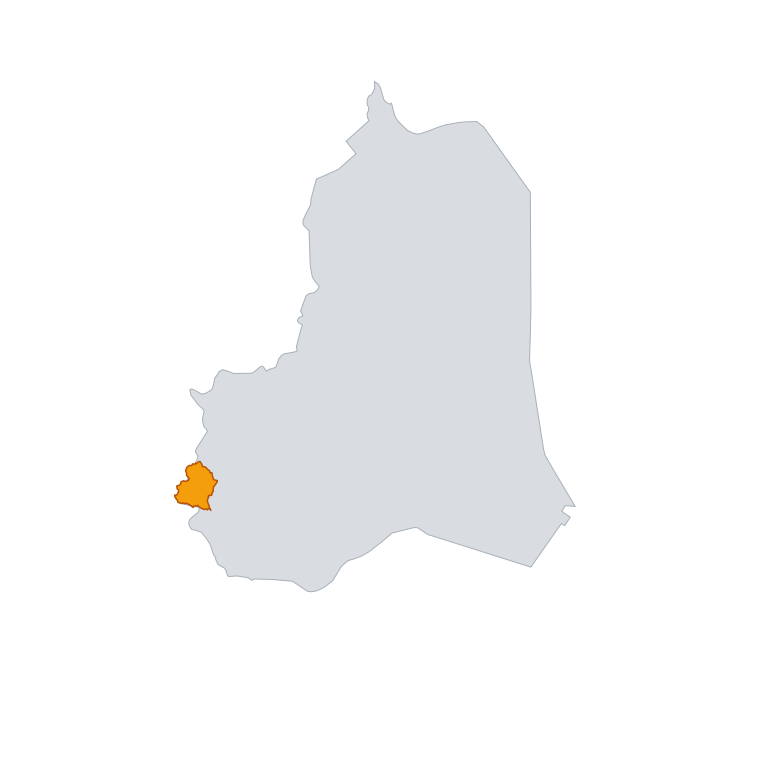 Rawanduz, Arbil, Iraq shown in context, rotated 229°
{"feature_id": "34846034B23954207715880", "entity_name": "Rawanduz", "entity_type": "district", "adm_level": 2, "iso_a3": "IRQ", "parent_name": "Iraq", "parent_adm1": "Arbil", "projection": "natural_earth1", "projection_center": [44.626, 36.804], "detail": "fine", "context": "in_parent", "style": "filled", "palette": "amber", "viewbox_px": 768, "rotation_deg": 229, "n_neighbors": 0, "source": "geoboundaries", "source_scale": "gbopen_adm2", "svg_char_len": 5909}
<svg xmlns="http://www.w3.org/2000/svg" viewBox="0 0 768 768"><g transform="rotate(229 384 384)"><path d="M322.3,155.5L326.9,154.3L335.4,147.3L340.4,140.7L342.0,140.1L346.4,142.2L349.6,142.8L356.9,140.3L361.3,141.7L364.9,143.3L367.0,143.4L376.8,147.5L379.3,148.0L384.4,148.6L391.9,148.8L396.8,146.1L400.3,143.5L402.7,143.6L405.0,144.2L407.0,145.3L408.7,147.2L409.4,150.0L409.1,158.8L409.8,161.2L411.2,162.8L412.9,163.1L414.9,161.2L418.5,158.4L423.0,155.4L426.3,152.6L428.2,151.6L431.1,151.7L434.0,152.2L435.7,153.5L435.7,154.0L437.2,158.1L441.1,173.6L443.3,175.6L445.9,177.2L447.7,179.5L448.4,181.8L448.1,185.4L448.2,189.6L449.3,192.8L450.7,195.2L452.1,196.5L454.1,196.6L456.5,197.2L458.2,199.6L463.4,217.2L463.9,219.6L466.1,220.3L469.7,220.0L473.4,221.8L477.3,224.7L481.1,230.0L483.6,230.9L491.4,230.1L502.1,231.0L507.1,233.7L506.6,235.5L502.8,237.4L496.0,239.6L494.0,243.4L492.9,248.4L493.1,251.1L494.8,254.2L499.6,260.2L499.9,262.4L500.7,265.5L501.6,267.6L500.7,271.6L496.3,274.4L490.6,277.4L479.1,290.9L478.3,293.8L478.3,301.8L477.2,304.1L473.6,304.1L470.7,303.7L470.6,306.5L468.8,310.2L467.7,313.4L472.0,321.1L472.8,325.1L472.1,328.8L468.2,335.2L465.9,339.5L466.4,340.5L469.5,342.2L479.1,356.2L482.2,361.1L486.2,359.8L487.7,359.9L488.9,360.7L489.7,362.4L489.7,364.5L488.7,367.6L493.8,368.9L495.7,372.1L501.7,383.0L501.5,386.3L498.7,391.4L498.7,394.9L499.3,397.9L500.2,399.0L509.1,399.5L512.9,400.7L522.1,406.3L532.7,414.9L541.3,421.9L548.7,427.9L556.5,427.4L558.7,428.5L560.7,430.4L563.0,435.3L567.5,446.4L571.4,450.1L577.4,459.0L583.0,467.4L579.4,478.7L575.9,490.5L576.1,505.8L576.1,513.9L583.7,514.3L592.1,514.7L592.2,524.4L592.4,534.3L592.6,545.5L595.0,546.0L599.0,548.4L600.7,552.0L602.8,554.0L605.4,554.3L607.9,556.1L610.4,559.3L611.3,561.8L610.7,563.5L611.3,566.4L613.0,570.7L615.2,572.6L618.5,575.1L614.0,576.5L609.2,575.4L598.9,570.5L595.6,570.3L591.2,572.2L591.0,573.9L580.1,568.4L576.2,567.2L574.8,567.1L568.6,567.2L559.7,568.2L554.5,570.4L550.9,572.8L549.3,575.1L548.7,576.4L545.9,583.3L542.7,592.1L539.4,600.1L532.8,611.2L529.2,616.4L521.4,626.0L512.9,627.9L493.2,626.0L471.4,623.9L449.6,621.8L433.5,620.3L432.2,619.8L416.3,606.1L403.6,595.2L387.9,581.7L371.9,567.9L355.6,553.9L343.8,543.7L329.5,530.7L316.5,518.7L306.3,509.3L293.1,501.1L282.8,494.7L267.9,485.3L255.9,477.8L245.7,471.4L230.0,461.6L224.8,458.9L208.4,455.6L192.9,452.8L176.9,449.9L166.2,448.0L173.3,441.0L171.3,434.7L166.1,435.8L161.3,437.3L158.6,427.5L162.3,426.3L159.1,413.5L155.9,400.4L152.7,387.7L149.5,374.7L163.2,366.3L173.4,360.1L187.6,351.4L201.4,343.0L214.4,335.0L228.8,326.2L241.7,318.3L253.4,315.1L255.9,312.6L261.4,301.9L266.0,292.7L266.2,290.5L266.4,277.5L267.3,262.2L268.9,254.0L271.6,246.8L274.1,241.5L274.4,236.6L274.1,231.6L271.7,224.0L269.2,216.1L269.6,208.6L270.1,204.5L271.8,198.0L274.6,193.2L277.6,190.3L288.6,187.3L295.2,185.5L304.0,177.0L309.2,172.0L316.5,164.1L321.9,158.3L322.3,156.3L322.3,155.5Z" fill="#d9dde1" stroke="#a8b0b8" stroke-width="1"/><path d="M402.6,170.5L402.8,170.7L403.1,170.8L404.2,171.0L404.8,171.1L405.2,171.2L405.6,171.3L406.7,172.1L407.2,172.2L407.6,172.3L409.2,172.9L410.7,173.5L411.1,173.6L411.5,173.9L411.9,174.3L412.2,174.7L413.0,175.7L413.3,176.5L413.4,176.9L413.5,177.2L414.7,177.8L414.7,179.1L414.2,179.2L414.1,179.3L413.9,179.6L413.4,180.5L413.0,181.5L412.8,181.6L413.7,181.5L414.4,182.2L414.5,182.9L415.0,184.5L415.3,184.9L416.0,185.4L416.6,186.0L417.3,186.8L418.1,187.7L418.2,188.2L418.3,189.1L418.9,191.4L419.0,192.0L419.4,193.3L419.7,193.9L420.5,194.8L421.7,193.9L422.4,193.5L423.3,192.8L423.9,192.9L424.2,193.0L426.1,193.7L426.8,194.0L427.9,194.7L429.2,195.4L430.0,195.8L430.3,195.0L431.3,194.6L432.0,195.0L432.4,195.1L432.9,195.3L433.6,195.4L434.4,195.1L435.2,194.8L435.8,194.8L437.1,194.9L437.6,194.8L438.3,194.8L438.6,194.7L439.3,194.2L440.1,193.3L440.7,192.8L440.9,192.9L441.4,193.2L442.1,193.5L442.8,193.9L443.3,193.9L444.2,194.1L445.9,194.3L446.6,193.9L446.8,193.1L447.0,192.3L447.1,191.7L447.1,190.7L447.1,190.0L447.3,190.0L447.7,189.8L447.6,189.3L447.5,189.0L447.5,188.7L448.1,188.1L448.5,187.8L449.1,187.4L449.3,186.8L449.0,186.3L448.7,185.9L448.7,185.6L448.8,185.2L449.1,184.7L449.4,184.5L449.7,184.3L449.7,184.2L450.0,184.0L450.2,183.7L450.3,183.1L450.4,181.8L450.5,181.1L450.1,179.8L449.5,178.8L448.9,177.8L448.3,177.2L447.8,176.9L446.7,176.7L446.3,176.6L445.6,175.9L445.1,175.4L444.5,175.1L443.8,175.0L443.0,175.0L442.2,175.1L441.7,175.1L441.4,175.1L440.6,174.9L440.2,174.7L439.9,174.0L439.7,173.4L439.8,172.9L439.9,171.9L440.6,170.6L441.6,169.7L442.4,169.3L442.5,168.8L443.0,167.7L443.2,166.9L442.9,166.0L442.1,165.0L441.8,164.3L441.9,163.4L442.1,162.5L442.4,162.0L442.7,161.6L442.9,161.1L442.9,160.8L442.8,160.4L442.6,160.2L441.9,160.1L441.3,159.8L440.8,159.2L440.4,159.1L439.9,159.2L439.4,159.4L439.0,159.6L438.4,159.2L438.0,158.7L437.6,158.0L437.2,157.6L437.1,157.4L436.9,156.6L436.6,156.1L436.2,155.4L436.1,155.2L436.2,154.8L436.6,154.1L437.0,153.7L437.4,153.1L437.2,153.0L436.6,152.6L436.0,152.1L435.5,152.1L435.2,152.3L434.7,152.1L433.7,151.8L433.1,151.7L432.6,151.7L431.5,151.7L431.3,151.5L430.6,151.3L430.0,150.9L429.7,150.9L429.2,151.2L428.7,151.6L428.2,152.1L427.9,152.2L427.8,152.3L427.3,152.5L426.9,152.8L426.4,153.5L426.0,154.1L425.6,154.7L425.1,154.8L424.7,155.0L424.3,155.3L424.1,155.7L424.0,156.1L423.8,156.4L423.5,156.6L423.0,156.8L422.2,157.1L421.8,157.5L421.0,157.8L420.6,157.9L419.7,158.1L419.1,158.4L418.5,158.6L417.7,158.6L417.1,158.6L416.4,158.8L416.1,159.0L416.1,159.3L416.2,159.5L416.4,159.7L416.7,159.9L416.8,160.1L416.8,160.4L416.6,160.7L416.4,160.9L415.7,161.5L415.1,162.5L414.8,162.9L414.7,163.5L414.6,163.8L414.0,163.5L413.8,163.4L413.3,163.7L412.7,164.0L412.0,164.2L411.3,164.2L410.8,164.4L410.2,164.5L409.9,164.6L409.5,164.9L408.7,165.3L407.3,165.9L406.7,167.0L406.1,168.0L405.0,168.1L405.1,169.3L404.9,170.2L404.6,170.2L403.9,170.2L403.4,170.4L402.6,170.5Z" fill="#f59e0b" stroke="#b45309" stroke-width="1.5"/></g></svg>